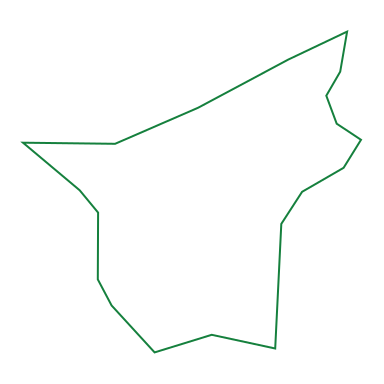 Kibuku, Natural Earth projection
{"feature_id": "UGA-5595", "entity_name": "Kibuku", "entity_type": "County", "adm_level": 1, "iso_a3": "UGA", "parent_name": "Uganda", "parent_adm1": "", "projection": "natural_earth1", "projection_center": [33.805, 1.052], "detail": "fine", "context": "isolated", "style": "outline", "palette": "green", "viewbox_px": 384, "rotation_deg": 0, "n_neighbors": 0, "source": "natural_earth", "source_scale": "10m", "svg_char_len": 359}
<svg xmlns="http://www.w3.org/2000/svg" viewBox="0 0 384 384"><path d="M275.2,348.5L211.7,334.8L154.6,352.4L111.6,305.5L97.8,279.4L98.1,212.6L79.7,190.3L23.0,142.7L115.1,143.8L198.2,107.7L288.2,59.6L347.1,31.6L340.2,71.7L326.3,95.7L336.7,123.7L361.0,139.8L343.6,167.8L302.1,191.8L281.3,223.9L275.2,348.5Z" fill="none" stroke="#15803d" stroke-width="2"/></svg>